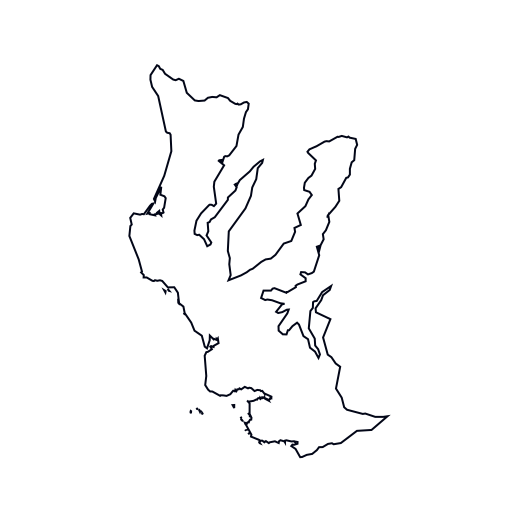 the district of Vesturbyggð, Vestfirðir, Iceland, rotated 79°
{"feature_id": "244011B84482513465742", "entity_name": "Vesturbyggð", "entity_type": "district", "adm_level": 2, "iso_a3": "ISL", "parent_name": "Iceland", "parent_adm1": "Vestfirðir", "projection": "orthographic", "projection_center": [-23.535, 65.593], "detail": "fine", "context": "isolated", "style": "outline", "palette": "ink", "viewbox_px": 512, "rotation_deg": 79, "n_neighbors": 0, "source": "geoboundaries", "source_scale": "gbopen_adm2", "svg_char_len": 6148}
<svg xmlns="http://www.w3.org/2000/svg" viewBox="0 0 512 512"><g transform="rotate(79 256 256)"><path d="M299.8,188.0L304.0,197.9L311.7,205.0L311.6,207.5L312.2,208.8L317.8,210.1L320.4,213.1L337.1,218.0L348.3,214.1L355.2,215.0L359.3,212.8L364.8,212.0L368.0,214.1L361.1,216.3L356.3,220.5L347.6,220.8L343.7,224.7L331.5,226.9L329.3,228.4L331.8,233.6L335.2,237.7L335.0,238.9L338.8,241.0L338.0,244.6L333.6,248.0L329.2,247.3L318.3,236.2L314.8,234.1L314.6,236.0L316.1,240.9L316.2,245.1L314.6,246.9L308.4,239.6L308.4,237.1L307.0,241.2L302.5,248.7L300.9,253.1L301.0,255.4L298.2,259.0L291.4,255.2L292.8,247.9L291.2,245.9L291.1,244.0L297.9,233.2L297.2,232.8L297.4,231.8L294.2,222.8L292.8,222.8L291.9,220.8L290.3,212.1L287.3,211.5L282.5,215.9L280.4,214.8L281.4,211.0L284.0,208.5L283.4,204.4L282.4,202.2L267.3,193.8L258.5,194.5L258.1,191.8L262.0,194.0L263.8,193.4L257.7,190.5L252.5,186.4L247.3,186.2L244.1,182.5L236.5,177.5L229.9,177.3L232.0,178.7L229.9,177.8L222.9,168.7L217.7,163.7L205.9,162.3L204.7,159.3L196.5,152.5L196.4,150.7L194.0,148.3L188.3,147.2L182.3,144.2L180.7,141.3L169.7,138.2L166.2,135.5L160.1,135.8L157.7,141.5L156.4,142.5L156.9,144.0L154.5,148.9L154.9,152.2L154.5,153.2L157.5,162.3L156.7,165.0L156.8,166.9L159.7,175.3L161.5,183.2L163.5,185.6L164.7,185.2L173.6,178.9L176.7,180.7L181.8,181.3L187.7,186.2L189.4,189.7L193.4,194.1L198.2,195.9L200.5,196.1L203.2,191.2L206.8,189.6L210.4,193.7L216.5,198.0L222.2,207.2L234.1,206.1L235.8,212.9L239.7,213.0L248.0,218.5L249.1,226.4L258.6,236.7L261.4,242.0L261.2,247.2L262.8,252.0L267.9,261.7L268.4,264.5L270.2,268.2L272.2,274.5L274.6,287.6L269.9,284.5L259.0,283.8L253.1,282.1L245.7,282.7L226.6,278.0L207.3,257.3L196.0,249.5L188.0,246.6L180.6,241.1L170.1,237.5L165.8,232.2L163.0,230.9L163.9,234.0L167.9,241.3L171.8,246.0L178.4,257.4L180.9,259.6L181.6,263.0L181.6,260.3L182.8,261.0L181.9,261.9L182.0,263.1L184.9,261.9L187.8,263.7L193.2,272.4L195.5,272.9L210.1,289.1L211.5,293.2L213.8,295.1L214.2,297.1L222.6,298.1L226.4,300.6L234.2,297.3L236.0,298.5L237.1,302.0L229.6,303.8L224.3,307.7L224.3,309.7L222.6,312.0L219.3,311.6L210.0,307.7L203.7,301.8L197.1,292.4L196.8,291.5L197.3,289.7L199.0,287.8L197.0,285.1L180.0,284.2L175.1,282.7L160.9,270.0L155.5,274.4L155.0,273.8L155.2,271.0L157.1,272.1L158.0,271.4L152.5,268.3L152.1,267.1L152.7,265.2L152.1,263.1L144.3,254.2L133.5,250.0L126.8,244.3L118.9,241.6L112.8,238.4L110.4,235.9L105.1,234.1L103.0,235.7L103.0,238.5L104.2,242.0L104.1,244.0L102.9,245.1L103.3,245.7L102.7,247.3L98.8,251.7L95.6,253.4L91.2,260.8L92.7,264.4L91.5,268.6L91.5,273.0L93.6,276.8L92.9,282.9L91.6,286.4L82.6,292.8L70.3,293.9L67.3,297.9L68.1,301.3L67.0,303.6L59.8,310.5L55.5,312.1L54.0,314.3L51.1,315.2L49.9,316.8L58.3,325.0L62.8,326.0L70.2,325.7L80.3,321.5L116.6,320.7L118.1,319.6L119.0,317.3L120.7,316.7L137.0,319.1L159.8,330.8L180.5,345.3L183.2,344.6L179.9,343.3L170.0,335.8L177.6,338.2L179.9,334.5L182.0,333.6L191.1,337.0L192.6,338.7L195.7,338.5L196.1,339.5L195.7,341.2L198.1,341.3L196.4,342.6L193.3,342.4L194.6,344.8L195.8,344.1L195.8,347.3L196.9,347.2L194.7,352.4L193.6,352.2L193.7,354.6L184.9,346.7L184.9,348.2L186.4,350.4L193.6,358.1L193.0,359.8L193.3,361.9L190.8,367.9L194.6,372.2L201.4,372.0L202.6,373.6L212.2,376.5L236.9,371.8L249.5,370.9L250.2,371.9L253.3,369.8L255.6,370.4L256.2,367.4L260.6,362.4L261.1,361.0L260.5,359.8L261.5,357.6L261.5,354.9L262.6,352.8L270.0,348.5L271.1,342.2L277.1,339.7L287.7,340.5L291.8,336.9L298.4,336.9L309.0,332.3L317.6,330.6L323.9,324.4L335.2,323.6L337.3,321.7L329.8,317.5L325.3,316.5L329.7,313.5L329.3,313.1L330.9,310.6L329.8,310.4L330.4,309.9L329.7,309.2L334.4,309.4L336.1,314.6L337.2,315.0L336.2,316.6L337.3,317.2L335.3,318.4L339.1,317.1L340.9,321.6L340.9,323.1L344.1,325.4L364.3,327.7L373.0,330.5L378.1,328.5L380.2,326.9L380.7,324.7L386.4,317.9L386.0,317.2L386.6,314.6L387.7,311.6L386.8,307.6L383.9,304.1L384.3,302.6L385.6,302.7L383.5,301.8L384.9,301.0L383.3,299.8L383.6,298.4L382.8,297.5L384.1,296.0L382.3,292.0L384.4,289.1L384.0,287.8L384.8,285.8L388.3,283.2L387.7,280.3L388.6,277.5L389.6,276.9L389.6,275.6L393.5,273.6L393.1,273.2L397.0,267.7L398.6,268.1L397.7,269.7L398.8,269.0L399.8,270.6L399.0,271.8L400.3,271.3L397.8,274.4L395.9,274.7L396.7,275.6L395.9,276.8L396.8,277.1L396.8,278.3L395.9,278.9L396.9,279.2L396.0,280.1L396.1,281.3L397.2,282.4L396.9,283.0L397.7,286.0L397.6,290.2L398.2,290.8L396.2,292.3L399.5,290.4L409.7,292.4L413.9,291.3L415.7,291.9L415.6,293.1L417.5,294.8L416.7,295.5L417.9,295.1L417.9,296.3L420.2,297.9L430.5,294.6L432.3,295.4L437.3,287.8L438.9,287.6L438.2,286.3L438.5,285.0L441.1,282.8L439.8,283.3L440.1,282.6L439.6,281.6L442.1,279.1L441.5,278.1L441.5,272.8L443.9,269.4L442.3,268.8L441.5,267.2L443.4,263.5L444.5,263.1L442.8,262.8L442.7,261.4L444.8,256.6L445.1,254.0L446.1,253.3L445.5,253.3L446.5,250.7L448.2,251.1L448.6,254.8L448.1,256.2L449.3,257.6L452.9,254.0L461.9,251.0L462.1,249.1L460.9,244.1L461.0,238.6L458.1,233.2L455.7,230.6L456.3,227.0L454.2,221.2L454.3,217.2L455.6,215.7L455.8,208.4L446.9,190.3L448.8,175.8L438.4,157.5L438.2,161.6L436.7,169.6L431.5,178.8L431.4,181.3L424.3,196.0L421.3,198.3L411.4,198.9L401.4,202.8L380.8,194.5L376.7,198.3L369.7,201.3L366.5,204.4L348.8,205.7L332.2,195.0L322.7,207.9L318.7,207.5L311.8,200.4L307.3,197.7L303.4,190.1L299.8,188.0ZM401.1,306.4L398.1,305.8L397.9,307.4L401.1,306.4ZM272.0,352.7L274.5,351.9L273.2,351.4L272.0,352.7ZM413.9,301.6L415.8,300.3L412.8,301.9L413.9,301.6ZM419.7,298.3L418.0,297.9L417.5,298.8L419.7,298.3ZM397.8,340.3L395.5,341.4L398.4,340.7L397.8,340.3ZM393.9,343.4L394.9,343.1L395.4,342.3L393.9,343.4ZM287.1,341.2L289.4,339.9L286.4,341.1L287.1,341.2ZM271.5,349.0L273.5,348.2L273.7,347.8L271.5,349.0ZM398.0,349.9L396.0,349.3L395.7,349.6L396.7,350.1L398.0,349.9ZM413.0,292.8L412.1,292.1L411.8,292.6L413.0,292.8ZM298.0,337.8L299.4,337.3L299.6,337.0L298.0,337.8ZM401.2,339.2L400.4,338.5L399.7,338.8L401.2,339.2ZM408.6,293.9L410.6,292.7L411.0,292.4L408.6,293.9ZM428.0,297.3L429.2,296.8L429.6,296.3L428.0,297.3ZM438.5,288.7L440.4,288.1L440.6,287.8L438.5,288.7ZM411.9,301.6L412.3,301.0L411.0,301.8L411.9,301.6ZM424.3,299.7L424.9,299.5L425.7,299.1L424.3,299.7ZM424.1,298.0L425.1,297.8L425.6,297.5L424.1,298.0Z" fill="none" stroke="#020617" stroke-width="2"/></g></svg>